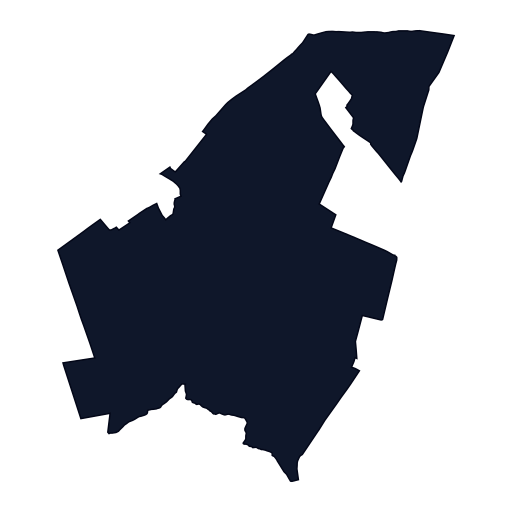 Campineanca, Vrancea, Romania (Robinson projection)
{"feature_id": "2599482B2575686950716", "entity_name": "Campineanca", "entity_type": "district", "adm_level": 2, "iso_a3": "ROU", "parent_name": "Romania", "parent_adm1": "Vrancea", "projection": "robinson", "projection_center": [27.139, 45.713], "detail": "fine", "context": "isolated", "style": "filled", "palette": "ink", "viewbox_px": 512, "rotation_deg": 0, "n_neighbors": 0, "source": "geoboundaries", "source_scale": "gbopen_adm2", "svg_char_len": 6036}
<svg xmlns="http://www.w3.org/2000/svg" viewBox="0 0 512 512"><path d="M302.3,454.5L318.0,431.1L318.8,430.0L324.9,420.2L336.4,404.1L341.1,397.3L346.8,389.5L350.5,384.2L359.4,370.8L356.5,369.2L354.9,368.4L351.5,367.2L353.0,363.7L353.8,361.8L354.2,360.6L354.4,359.7L354.6,359.1L355.2,357.7L356.8,358.4L356.3,351.6L356.0,348.0L355.4,341.4L357.6,333.3L362.3,315.5L362.8,315.6L380.8,319.9L381.9,319.9L382.6,319.4L387.8,297.5L392.0,280.2L394.6,268.6L395.7,263.9L396.7,260.1L396.8,257.7L396.6,257.1L395.8,256.3L394.8,255.8L394.8,255.3L393.8,255.2L392.5,254.7L391.0,253.8L387.0,251.5L384.3,250.2L380.6,248.6L376.0,246.6L364.5,241.8L355.4,237.9L341.7,232.2L331.1,227.9L335.8,214.8L333.3,213.2L319.2,204.0L329.1,181.7L331.2,177.4L332.7,173.5L335.0,168.8L339.7,156.5L343.1,148.2L344.3,146.7L343.7,145.9L342.9,145.0L341.5,143.1L334.2,133.6L330.6,128.9L323.7,119.7L322.0,117.3L321.4,116.0L321.0,114.4L320.4,110.2L320.0,107.7L319.8,107.2L319.5,106.0L318.1,101.8L316.7,98.0L315.2,93.8L317.0,91.3L329.9,73.0L331.0,71.4L333.0,73.3L335.8,76.5L340.4,81.7L346.1,88.4L348.6,91.1L350.4,93.3L351.8,94.6L352.4,95.4L351.8,97.1L351.6,98.5L350.1,100.8L348.0,103.8L347.0,105.0L346.9,105.4L347.3,106.1L347.3,106.3L345.8,107.6L353.6,117.8L353.1,119.8L353.0,120.6L353.0,124.0L352.7,125.3L352.1,126.7L351.3,128.6L353.3,130.4L353.4,130.8L359.5,135.3L363.2,137.8L366.7,140.1L370.7,142.8L370.7,144.2L371.8,145.8L372.9,147.1L376.5,151.4L378.2,153.2L379.9,155.3L388.4,166.0L394.9,174.1L398.4,178.3L400.5,181.0L401.1,181.9L401.6,181.3L402.4,178.2L402.9,176.3L403.3,175.3L404.3,173.2L405.2,170.8L406.9,165.9L409.8,157.6L410.5,155.6L412.0,152.1L412.8,150.0L416.5,139.4L416.9,138.0L423.2,107.6L423.7,105.8L428.8,89.9L428.9,86.5L438.9,72.5L447.7,51.9L454.1,35.6L443.5,34.0L431.7,32.4L419.6,30.7L416.2,30.8L413.7,31.1L412.0,31.4L409.6,31.3L407.6,30.9L403.6,30.9L398.5,30.9L396.1,31.5L392.7,31.6L390.1,32.1L388.9,32.5L384.7,33.0L383.0,32.8L381.1,32.3L377.2,31.9L372.3,31.8L368.1,31.8L364.8,32.1L361.1,32.5L356.1,32.5L352.4,32.0L350.0,32.3L338.8,31.6L336.1,31.7L332.6,31.4L328.7,31.5L326.1,31.7L321.6,32.9L320.2,33.3L318.0,33.9L314.4,35.0L313.2,35.0L310.9,34.4L309.4,34.1L308.5,34.2L308.0,34.5L302.6,42.8L300.1,45.4L298.3,47.4L296.0,50.1L294.8,51.3L292.8,53.7L291.4,54.3L291.0,54.9L287.3,57.5L283.8,60.2L279.5,63.7L270.7,70.8L263.2,76.7L255.2,82.7L247.5,88.3L245.9,89.8L236.1,96.1L231.5,99.5L227.8,102.5L225.5,104.8L222.7,108.0L215.9,115.8L212.3,119.0L208.2,123.9L203.7,130.1L202.6,131.5L206.5,134.2L205.7,135.4L184.8,161.9L184.4,161.7L183.5,162.7L175.4,171.8L174.4,171.4L170.5,168.5L169.9,167.1L160.3,173.8L162.0,174.4L164.9,176.2L167.6,177.8L172.9,181.0L176.5,184.0L177.9,185.5L179.9,188.2L180.3,190.3L180.3,194.1L181.1,196.2L175.0,198.8L175.1,199.5L174.6,201.1L174.3,202.4L174.2,204.2L174.7,205.9L174.7,207.3L173.8,209.1L173.1,213.8L172.3,214.7L170.5,215.7L167.6,218.1L165.8,219.8L164.0,217.5L162.2,215.5L158.4,208.1L156.7,203.5L153.0,205.3L149.6,207.3L147.8,208.1L146.9,208.4L139.3,213.4L138.2,214.3L128.4,221.0L129.9,222.6L129.7,222.9L126.9,224.8L118.9,230.1L116.3,227.2L114.8,228.2L113.8,228.6L111.6,229.8L110.6,230.0L109.4,230.0L108.0,228.5L105.2,225.2L100.3,219.4L93.0,224.6L87.2,228.8L84.2,231.1L78.3,235.4L57.9,250.2L62.8,264.6L69.0,283.2L77.1,306.2L79.2,312.7L81.3,319.0L83.8,325.8L89.9,343.2L91.7,348.6L94.8,358.0L85.0,359.5L81.1,360.1L63.0,362.9L63.7,365.4L80.9,418.6L110.1,413.3L107.8,432.2L109.0,433.6L110.5,433.0L112.0,433.1L115.9,432.5L117.4,431.8L118.5,431.2L119.6,429.9L122.8,426.8L124.4,425.0L126.5,423.6L128.4,422.1L129.3,421.6L130.4,421.2L132.7,420.3L134.8,419.2L135.9,418.5L137.8,417.3L139.0,416.6L141.0,416.2L142.6,415.7L144.2,415.2L145.7,414.6L146.8,413.8L147.3,413.0L147.5,412.0L147.6,410.7L148.0,410.2L148.8,410.0L150.6,409.6L151.8,409.3L153.0,409.3L154.5,409.1L156.1,408.9L157.0,408.6L157.4,408.4L158.3,408.2L159.7,407.8L160.6,407.1L161.3,405.9L162.3,404.7L164.2,403.5L166.5,401.8L169.4,398.8L171.3,397.5L172.3,396.7L173.1,395.7L174.0,394.4L175.3,392.9L176.1,392.4L176.4,392.1L176.7,391.1L177.3,389.2L178.1,388.1L179.1,387.1L180.8,385.1L182.0,383.9L185.4,384.2L185.0,385.3L185.2,388.1L185.4,391.0L186.1,393.0L186.5,394.2L186.3,395.8L185.8,398.1L185.9,398.4L186.2,398.7L186.7,399.2L187.5,399.5L188.3,399.6L189.8,399.5L190.9,399.7L191.6,400.3L191.9,400.9L192.4,402.3L192.8,402.5L193.9,402.9L194.7,403.1L195.3,403.4L195.7,403.7L196.0,404.1L196.2,404.3L196.7,404.4L197.4,404.3L198.2,404.1L199.0,404.0L200.2,404.5L201.3,405.7L202.1,406.4L202.9,407.0L204.6,407.6L206.7,408.2L207.1,408.5L207.8,409.1L208.5,409.6L209.2,410.0L209.7,410.6L210.2,411.1L210.6,411.2L211.3,411.6L212.3,412.6L212.7,413.2L213.2,413.6L213.6,413.9L214.4,413.9L214.9,414.0L215.6,414.3L216.1,414.2L217.6,413.5L218.5,413.1L219.3,413.0L219.9,413.0L220.5,413.3L221.3,413.7L222.0,414.0L224.2,414.8L225.0,414.9L225.9,414.7L227.3,414.3L228.1,414.2L228.8,414.2L229.8,414.4L230.5,414.7L231.6,415.0L234.0,415.3L235.1,415.6L237.5,416.4L241.4,417.5L242.1,417.6L243.3,417.6L244.0,417.7L244.9,418.2L245.8,419.7L246.5,421.0L246.9,421.5L247.2,422.5L247.1,423.8L246.3,425.4L245.8,426.5L245.2,427.8L244.9,428.7L244.9,429.5L245.0,430.6L245.6,431.5L246.0,432.3L246.3,433.2L246.1,434.3L245.9,435.3L245.8,437.3L245.9,438.2L245.5,439.7L244.7,440.9L244.0,441.9L243.4,442.6L243.2,443.3L243.5,443.8L244.3,444.1L245.3,444.1L246.3,444.2L247.7,444.7L248.6,445.4L249.0,446.0L249.5,446.3L250.3,446.4L251.3,446.5L251.9,446.7L252.3,447.2L252.5,447.5L252.8,447.6L253.2,447.6L253.9,447.5L254.9,447.4L255.3,447.3L256.5,447.4L257.1,447.7L257.8,448.2L258.5,448.6L259.8,448.8L260.7,449.2L261.2,449.5L261.9,449.6L262.6,449.5L263.9,449.8L264.4,450.0L265.0,450.0L267.0,450.8L269.0,451.4L270.1,451.8L271.1,452.3L271.9,452.9L272.2,453.3L272.2,453.7L272.2,454.9L272.2,455.4L272.5,455.6L273.0,455.9L274.0,456.3L274.5,456.7L275.0,457.4L275.6,458.1L276.8,459.8L277.3,460.9L279.0,463.6L284.0,471.7L286.6,474.3L289.2,478.9L290.5,481.1L291.9,481.3L294.1,480.8L295.9,480.3L298.4,479.7L296.9,468.9L297.1,465.8L297.2,462.8L297.6,460.9L298.6,458.7L299.5,456.7L300.5,455.6L302.3,454.5Z" fill="#0f172a" stroke="#020617" stroke-width="1.5"/></svg>